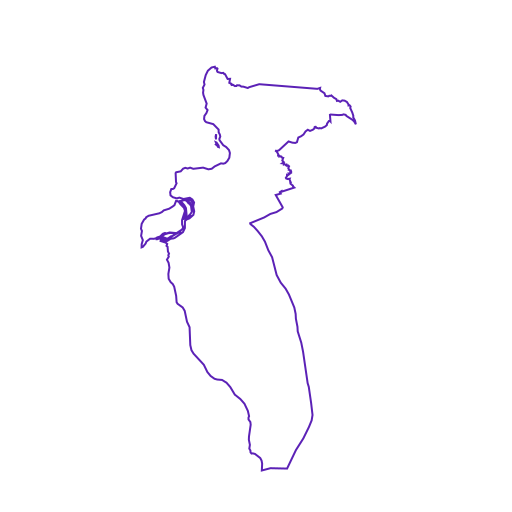 Ituzaingó, Corrientes, Argentina (Mercator projection), rotated 302°
{"feature_id": "61730980B54493504343974", "entity_name": "Ituzaingó", "entity_type": "district", "adm_level": 2, "iso_a3": "ARG", "parent_name": "Argentina", "parent_adm1": "Corrientes", "projection": "mercator", "projection_center": [-56.603, -27.951], "detail": "fine", "context": "isolated", "style": "outline", "palette": "violet", "viewbox_px": 512, "rotation_deg": 302, "n_neighbors": 0, "source": "geoboundaries", "source_scale": "gbopen_adm2", "svg_char_len": 6177}
<svg xmlns="http://www.w3.org/2000/svg" viewBox="0 0 512 512"><g transform="rotate(302 256 256)"><path d="M433.4,255.5L432.7,254.7L433.5,254.2L434.8,251.5L434.7,248.8L433.7,246.7L431.4,245.7L431.3,243.4L430.4,242.5L431.6,241.0L431.5,238.3L432.1,234.8L431.5,234.6L430.7,233.2L429.7,232.8L428.5,230.0L430.3,227.8L430.5,223.0L431.4,221.7L432.5,221.3L430.3,219.5L403.4,167.7L395.6,160.8L394.1,160.0L392.9,155.5L391.9,153.8L392.0,151.6L390.7,149.4L389.8,149.3L388.9,148.0L389.0,145.9L388.1,144.8L388.3,144.2L389.0,143.9L388.7,141.6L392.5,140.1L391.1,138.1L393.8,133.4L393.5,132.5L394.0,131.3L392.8,129.8L391.7,125.9L392.4,124.7L394.5,124.0L394.6,123.3L393.5,122.1L394.7,120.8L392.3,118.4L387.6,117.0L382.8,117.5L376.0,119.6L374.1,121.5L370.4,121.8L369.0,123.4L366.4,124.6L364.7,126.1L359.1,133.4L355.1,134.6L354.1,137.6L350.9,138.2L347.5,138.0L344.6,139.4L343.4,141.2L343.1,142.9L345.2,149.9L343.4,157.3L341.1,158.8L339.9,160.9L338.4,162.4L335.8,162.9L334.9,163.7L332.6,169.5L332.6,173.0L331.5,177.0L329.5,179.3L325.2,181.3L321.4,181.4L318.5,180.7L317.0,179.4L316.0,177.2L310.1,173.5L306.5,172.2L304.3,169.7L302.9,164.3L296.7,156.6L296.0,153.3L294.0,151.7L293.3,149.3L291.4,147.9L287.9,147.3L284.7,143.9L283.7,143.9L276.3,149.0L275.6,150.1L270.1,150.7L268.8,150.0L267.9,148.7L264.6,149.4L262.1,151.4L261.8,154.4L262.9,158.3L264.9,160.1L265.9,164.3L270.3,169.0L270.2,172.1L268.6,175.1L264.7,176.5L261.2,179.9L257.7,181.1L252.6,179.6L250.2,177.8L248.0,177.2L242.0,180.9L237.5,181.4L228.5,177.6L227.3,176.8L225.3,174.4L221.8,172.8L219.2,170.1L217.9,166.2L219.5,172.3L219.2,174.3L217.2,174.7L217.0,176.1L213.2,178.9L211.9,181.0L210.2,181.2L209.2,182.4L205.7,182.4L203.9,185.5L200.3,188.7L194.3,191.2L190.4,194.0L188.6,197.5L188.1,200.3L186.6,202.9L179.9,209.4L174.7,213.2L173.9,214.9L173.5,221.1L171.7,224.6L163.7,232.3L160.4,237.4L145.6,247.5L141.9,251.2L140.1,254.8L136.1,269.4L131.8,276.3L130.2,281.1L129.9,285.9L130.7,288.6L132.9,292.9L132.9,298.2L131.2,303.7L127.2,311.5L126.4,318.5L124.6,324.5L120.3,331.2L116.5,335.0L114.9,335.3L113.4,336.3L112.2,339.2L110.1,340.9L99.2,345.7L96.4,347.3L92.6,350.9L89.1,352.4L88.1,354.3L86.6,355.4L86.1,356.9L86.9,357.8L87.6,360.0L86.9,366.7L85.4,369.2L83.1,371.3L77.2,374.6L83.7,380.7L92.2,395.0L112.6,392.7L126.4,392.8L139.1,391.5L146.1,390.3L151.1,388.2L160.6,380.6L173.0,370.1L175.5,367.2L199.7,346.7L206.5,340.3L214.2,331.3L217.9,328.7L223.9,323.1L227.9,320.3L232.6,315.8L240.8,304.3L244.0,298.4L246.5,291.1L250.8,283.6L263.5,270.3L267.4,263.4L272.9,256.0L275.8,250.5L278.1,244.1L279.6,238.9L280.1,234.4L280.7,233.7L293.0,242.5L299.3,245.9L304.1,250.1L310.2,253.1L311.4,252.9L318.2,240.4L322.0,243.9L322.8,242.4L324.8,243.4L324.4,243.9L334.3,252.2L334.6,250.6L335.2,250.0L335.6,246.9L336.9,245.8L337.1,246.1L338.8,243.7L339.4,243.6L338.0,242.0L337.7,240.5L338.1,239.9L340.0,240.0L341.1,239.4L341.1,240.1L342.3,240.6L343.2,239.8L343.6,240.5L342.8,240.7L345.0,241.6L345.2,241.1L346.0,241.3L346.8,240.4L346.2,240.0L346.8,239.6L346.5,238.3L346.8,238.3L347.6,236.8L349.6,236.5L349.8,235.2L348.9,234.6L349.7,233.5L348.8,233.1L349.1,231.4L348.4,231.0L349.2,230.4L348.6,229.2L350.3,229.9L350.9,227.7L353.6,227.1L353.2,226.1L353.8,224.8L353.3,224.1L353.4,223.2L352.7,222.9L353.3,222.2L352.9,221.5L354.0,221.0L354.8,219.7L355.5,218.2L355.6,216.4L356.2,218.2L357.9,219.5L370.4,222.9L371.4,226.8L372.7,229.4L374.2,230.4L378.9,229.1L381.3,230.7L384.2,231.9L387.9,232.0L390.5,233.0L390.7,235.5L393.2,237.3L395.0,237.9L396.4,237.4L396.9,237.7L397.2,238.2L396.7,239.2L397.5,241.8L398.2,242.2L398.8,243.7L402.3,246.0L404.6,246.7L405.9,246.1L409.1,246.3L409.8,247.1L409.6,247.8L414.9,243.9L415.5,244.3L419.2,251.3L421.3,254.3L422.5,255.2L423.2,257.2L422.7,258.5L422.6,265.7L422.1,268.0L420.6,270.9L423.4,268.1L425.1,265.0L426.5,264.2L428.7,261.6L431.4,257.5L432.9,257.0L433.4,255.5ZM227.6,141.8L222.7,142.0L218.2,144.0L216.8,146.0L212.2,147.9L209.5,151.6L205.4,152.8L202.7,154.4L203.8,155.2L208.1,155.8L210.1,155.4L214.5,157.0L216.5,160.3L217.9,161.7L219.5,162.4L221.6,164.3L225.6,165.3L227.3,166.6L227.7,168.1L230.2,170.3L233.3,176.5L239.2,179.2L241.1,179.2L242.0,178.7L243.6,176.6L247.2,174.3L256.6,171.9L258.7,169.4L259.9,164.4L261.1,161.6L260.4,159.0L255.9,159.9L253.8,159.1L250.1,157.3L245.8,153.6L243.4,152.9L241.0,151.4L233.2,143.6L230.6,142.3L229.4,142.5L227.6,141.8ZM265.0,172.1L264.9,170.9L265.7,168.9L266.0,166.4L262.7,162.8L261.1,168.3L259.5,171.2L254.3,175.2L250.5,175.6L250.0,176.3L252.1,177.3L253.6,177.3L256.1,178.1L259.4,178.2L264.0,174.4L265.0,172.1ZM217.0,162.0L218.0,163.5L221.7,166.1L223.1,168.7L223.3,170.4L224.1,172.0L227.7,173.5L228.7,174.6L232.4,176.5L230.4,171.5L229.0,169.7L225.8,166.9L222.9,166.1L219.1,163.9L217.0,162.0ZM266.0,175.3L267.5,173.8L268.6,171.6L268.4,169.9L267.2,168.2L266.6,169.0L266.1,172.0L265.5,172.8L264.7,175.9L266.0,175.3ZM331.3,162.4L331.2,161.6L330.0,163.2L329.3,162.9L328.9,165.3L328.4,165.9L328.6,166.8L329.8,165.8L331.3,162.4ZM219.3,166.2L220.0,168.4L222.1,170.8L222.0,169.0L219.3,166.2ZM225.6,165.6L222.0,165.1L223.2,166.0L226.4,166.8L225.6,165.6ZM223.8,172.1L224.2,172.9L225.4,173.8L228.0,174.3L223.8,172.1ZM220.5,163.9L219.7,162.9L217.4,161.7L218.8,163.3L220.5,163.9ZM333.7,160.3L338.2,157.6L335.8,158.5L333.7,160.3ZM251.7,174.9L253.8,174.0L254.8,173.9L255.3,173.5L254.7,173.2L252.2,174.1L251.7,174.9ZM255.7,173.6L253.2,174.3L252.2,175.0L254.5,174.7L255.7,173.6ZM262.9,175.6L261.6,177.0L259.7,178.5L262.4,176.9L262.9,175.6ZM259.9,165.6L261.0,164.0L261.0,162.8L260.0,164.5L259.9,165.6ZM256.6,178.7L253.9,177.9L253.6,178.4L256.6,178.7ZM220.8,166.7L218.9,165.6L221.4,168.0L220.8,166.7ZM265.7,169.8L265.0,171.1L265.2,172.2L265.7,171.1L265.7,169.8ZM260.1,167.7L260.7,166.6L260.4,165.7L259.9,166.4L259.8,167.5L260.1,167.7ZM232.8,176.3L233.2,177.1L234.6,177.8L235.1,177.6L232.8,176.3ZM236.4,178.5L234.3,178.3L236.3,178.9L236.4,178.5ZM250.4,174.2L249.9,173.9L248.9,174.8L249.0,174.9L250.4,174.2ZM263.7,176.1L264.8,175.2L264.7,174.7L263.7,176.1ZM227.2,167.5L227.2,166.7L226.5,166.2L226.7,167.3L227.2,167.5ZM253.0,173.4L254.1,173.3L254.3,173.1L253.0,173.4ZM220.4,165.5L219.2,165.4L220.6,165.9L220.4,165.5ZM222.4,164.5L221.4,164.5L222.6,164.7L222.4,164.5Z" fill="none" stroke="#5b21b6" stroke-width="2"/></g></svg>